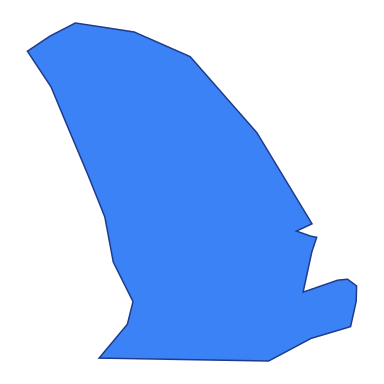 map outline of Kalungu (orthographic projection)
{"feature_id": "UGA-5620", "entity_name": "Kalungu", "entity_type": "District", "adm_level": 1, "iso_a3": "UGA", "parent_name": "Uganda", "parent_adm1": "", "projection": "orthographic", "projection_center": [31.834, -0.095], "detail": "fine", "context": "isolated", "style": "filled", "palette": "blue", "viewbox_px": 384, "rotation_deg": 0, "n_neighbors": 0, "source": "natural_earth", "source_scale": "10m", "svg_char_len": 478}
<svg xmlns="http://www.w3.org/2000/svg" viewBox="0 0 384 384"><path d="M232.8,105.3L256.8,132.6L312.0,223.8L296.4,231.1L310.8,236.2L316.7,237.3L311.8,252.0L303.1,292.1L337.6,280.2L347.5,279.2L356.6,286.0L356.2,301.3L350.6,326.6L311.0,338.4L268.6,361.0L99.1,358.1L127.4,324.2L133.0,301.6L113.3,262.1L104.8,216.9L87.8,174.5L65.2,120.9L51.1,87.0L27.4,51.2L50.1,36.0L75.3,23.0L134.2,32.0L171.0,48.2L190.2,56.7L232.8,105.3Z" fill="#3b82f6" stroke="#1e3a8a" stroke-width="1.5"/></svg>